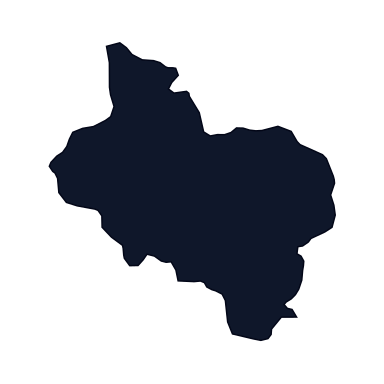 Manisa, Natural Earth projection, rotated 12°
{"feature_id": "TUR-2277", "entity_name": "Manisa", "entity_type": "Province", "adm_level": 1, "iso_a3": "TUR", "parent_name": "Turkey", "parent_adm1": "", "projection": "natural_earth1", "projection_center": [28.179, 38.758], "detail": "fine", "context": "isolated", "style": "filled", "palette": "ink", "viewbox_px": 384, "rotation_deg": 12, "n_neighbors": 0, "source": "natural_earth", "source_scale": "10m", "svg_char_len": 1543}
<svg xmlns="http://www.w3.org/2000/svg" viewBox="0 0 384 384"><g transform="rotate(12 192 192)"><path d="M276.4,112.1L284.3,120.8L287.8,123.2L311.9,128.4L316.5,131.5L326.9,147.1L328.5,150.3L329.6,153.8L328.2,166.1L333.5,175.4L336.9,184.8L336.3,197.4L330.4,203.3L318.0,212.7L316.2,216.7L311.4,221.8L306.9,223.5L307.5,230.6L312.0,232.1L315.7,236.4L316.3,240.9L316.5,245.6L317.7,255.4L316.6,264.9L314.5,270.9L311.3,275.9L307.0,280.0L305.4,282.9L309.5,286.0L314.3,286.1L320.3,292.6L305.4,295.8L298.3,309.5L299.0,314.9L296.8,319.6L290.2,322.8L282.9,322.9L261.1,322.4L253.9,311.7L247.2,291.2L242.7,285.6L235.5,283.7L231.8,283.4L226.2,281.8L223.0,278.1L218.8,277.3L212.7,279.2L196.9,281.8L192.5,271.7L186.1,264.6L181.3,266.1L176.3,265.9L168.6,262.5L160.9,262.2L158.3,268.5L154.5,275.1L146.4,277.0L139.6,270.9L138.3,267.8L136.4,261.5L135.1,258.6L122.6,252.9L111.4,245.2L108.8,234.1L103.9,229.5L100.6,228.9L82.6,229.4L71.3,228.3L61.9,220.3L57.7,206.6L54.0,201.9L51.5,200.8L47.1,196.5L47.9,192.3L52.3,185.0L57.2,180.1L60.1,173.5L61.1,165.8L63.0,158.4L71.8,152.5L82.0,148.5L92.4,140.1L96.8,135.2L98.0,124.6L92.1,113.8L89.5,106.7L84.3,82.7L78.1,67.3L90.4,61.1L97.8,64.5L104.7,70.0L115.8,73.1L127.1,71.5L133.8,72.1L140.0,75.1L142.6,75.5L147.7,74.5L150.3,74.4L154.3,80.7L149.4,89.1L147.5,96.1L153.8,99.0L165.7,94.7L168.4,96.1L169.5,99.0L182.6,112.9L190.9,130.8L198.2,133.4L204.9,130.6L211.9,129.2L217.8,125.7L222.2,120.1L228.7,118.9L235.6,119.5L241.7,118.9L247.7,117.3L262.4,109.9L276.4,112.1Z" fill="#0f172a" stroke="#020617" stroke-width="1.5"/></g></svg>